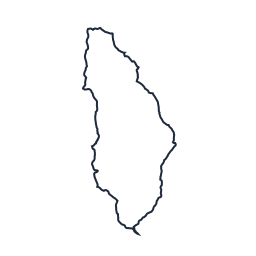 Stanceni, Mures, Romania, rotated 167°
{"feature_id": "2599482B71478398242388", "entity_name": "Stanceni", "entity_type": "district", "adm_level": 2, "iso_a3": "ROU", "parent_name": "Romania", "parent_adm1": "Mures", "projection": "orthographic", "projection_center": [25.249, 46.944], "detail": "fine", "context": "isolated", "style": "outline", "palette": "slate", "viewbox_px": 256, "rotation_deg": 167, "n_neighbors": 0, "source": "geoboundaries", "source_scale": "gbopen_adm2", "svg_char_len": 5846}
<svg xmlns="http://www.w3.org/2000/svg" viewBox="0 0 256 256"><g transform="rotate(167 128 128)"><path d="M144.7,233.5L145.5,232.3L145.7,231.6L145.9,231.0L146.0,230.2L146.0,229.7L145.7,227.9L145.9,227.2L146.1,225.9L146.4,225.3L147.9,223.6L148.9,221.4L148.9,220.1L148.7,219.0L148.7,218.2L148.6,216.6L148.8,215.4L148.9,214.9L149.1,214.3L149.4,214.0L151.1,213.1L151.5,212.5L151.9,211.9L152.1,210.9L152.7,209.9L153.6,208.3L153.9,207.4L154.0,206.3L154.0,203.9L153.8,202.1L153.8,201.6L154.1,199.3L154.1,198.6L154.1,197.4L154.9,196.6L155.7,195.8L155.8,195.4L155.9,194.8L156.0,194.5L158.0,191.8L158.7,190.0L158.7,189.3L158.5,188.6L157.9,187.7L157.5,186.7L157.4,186.3L158.2,185.5L158.3,184.7L158.9,183.7L159.2,182.8L159.4,182.1L159.7,181.6L159.8,180.4L159.8,179.9L160.0,179.5L160.2,179.2L161.0,178.7L162.1,177.8L162.6,177.3L163.0,176.6L162.9,176.4L161.5,175.2L159.6,174.9L158.9,175.0L157.5,174.8L156.9,174.5L156.5,174.1L155.8,173.1L155.5,172.5L155.4,172.2L155.3,170.8L154.8,170.1L154.7,169.6L154.7,167.2L154.5,166.2L154.0,164.6L153.5,163.9L153.1,162.8L152.6,162.2L152.4,161.6L152.3,160.5L153.3,156.7L153.6,153.6L154.3,151.9L154.8,151.5L155.9,150.8L156.1,149.7L156.2,149.2L157.4,146.5L157.5,146.1L157.5,145.5L157.8,144.6L157.8,144.0L158.0,143.0L158.0,142.2L158.1,141.5L158.1,140.9L158.3,139.6L158.3,139.0L158.4,138.6L158.3,137.9L158.3,136.9L158.5,136.0L158.3,134.9L158.1,134.2L158.0,133.7L158.1,133.3L158.6,132.3L158.5,131.3L158.5,131.0L158.4,130.6L158.5,130.4L158.9,130.0L158.9,129.6L158.4,128.8L158.3,128.2L158.1,127.8L158.1,126.8L158.3,126.1L158.8,125.1L159.7,124.2L159.7,123.9L160.2,123.4L160.7,123.1L160.7,122.7L161.1,122.5L161.3,122.1L161.9,121.9L162.2,121.3L162.6,120.9L162.6,120.7L162.4,120.6L162.6,120.2L164.0,119.8L164.9,119.0L165.5,118.7L166.4,118.4L167.2,118.3L167.2,117.8L167.1,117.0L167.1,116.1L166.9,115.7L166.7,115.3L165.9,114.8L165.6,114.3L165.6,113.6L165.8,112.7L165.8,111.5L166.1,110.3L166.3,109.1L166.8,108.2L167.4,105.6L168.1,104.5L168.4,104.0L169.5,103.4L170.0,103.0L170.8,101.9L171.1,101.1L171.2,100.5L170.8,98.6L170.8,97.7L170.6,97.0L170.7,96.1L170.5,95.6L170.2,95.1L170.1,94.6L169.9,94.4L167.6,93.6L167.2,93.3L167.1,93.1L167.2,92.8L167.4,92.6L168.4,92.1L170.5,91.8L171.2,91.1L171.4,90.6L171.5,88.9L171.5,88.4L171.6,88.1L171.5,87.7L171.4,86.2L171.1,85.0L171.1,84.1L170.7,82.7L170.7,82.0L170.4,80.8L170.4,79.3L170.6,78.7L171.1,77.8L171.2,77.6L170.0,77.1L169.6,76.6L168.4,75.3L168.1,74.4L167.7,73.8L166.8,73.2L165.9,72.3L165.6,72.2L164.3,72.6L163.5,72.5L162.2,71.4L161.5,70.4L161.3,69.6L161.3,69.2L161.4,68.7L161.3,68.2L159.8,66.2L158.9,65.2L157.8,63.6L156.4,62.3L155.3,60.6L155.0,60.0L154.6,59.4L154.7,59.2L155.0,58.8L156.5,56.7L156.9,55.9L157.3,54.9L157.3,53.8L157.9,51.0L158.0,47.7L157.9,47.3L157.2,46.5L157.2,45.8L157.5,44.9L157.7,42.5L157.9,42.0L158.1,41.4L158.2,40.1L158.1,39.5L157.8,38.9L156.7,37.0L155.6,35.5L155.1,35.1L154.0,34.6L153.1,33.7L152.9,33.2L152.9,32.3L152.6,31.6L151.9,30.9L151.3,30.6L150.3,30.5L150.0,30.3L147.4,29.4L146.7,29.4L146.5,29.2L145.7,28.3L145.3,27.2L145.0,25.9L144.6,25.1L142.9,23.1L142.0,22.5L142.3,23.1L143.1,24.1L143.7,25.0L143.8,25.6L144.7,26.8L144.6,27.4L144.4,28.4L144.5,29.1L144.7,29.6L144.7,30.3L143.9,30.6L143.8,30.9L142.1,31.6L140.1,32.1L139.6,32.3L139.1,33.1L138.7,34.2L138.2,34.9L137.4,35.3L135.6,35.7L135.2,36.0L134.6,36.7L133.4,37.5L132.2,37.6L131.2,38.2L130.9,38.2L130.2,38.7L129.4,39.6L128.7,40.2L128.2,40.4L126.4,40.7L126.1,40.9L125.2,40.9L124.0,41.2L123.5,41.5L121.8,43.1L121.3,44.2L120.3,45.6L119.8,46.0L119.1,46.2L118.8,46.6L118.2,47.0L117.5,47.8L116.4,50.4L115.5,51.3L115.0,51.6L114.6,52.3L114.1,52.9L114.0,53.0L113.4,53.2L111.6,53.4L110.9,54.2L110.8,54.4L110.6,55.8L110.8,56.2L110.7,57.2L110.1,58.5L110.1,58.8L109.5,60.0L109.5,61.0L109.7,61.8L109.7,62.7L109.4,63.4L108.9,64.0L108.0,64.6L107.2,67.5L107.0,68.9L107.6,69.9L108.2,70.5L107.6,71.9L107.5,72.9L106.9,73.8L104.8,78.5L104.9,80.7L104.5,82.0L104.5,83.0L103.4,84.5L101.7,85.8L100.8,86.9L99.8,88.7L99.0,88.9L98.1,89.6L97.2,90.3L96.3,91.4L95.8,91.7L95.4,92.1L95.2,92.7L91.6,95.9L90.2,96.7L87.2,99.4L86.3,99.9L85.3,100.7L85.2,101.2L85.2,102.1L85.5,102.5L85.5,102.8L86.7,103.1L87.0,103.3L87.4,104.0L86.2,105.6L85.9,106.2L85.7,107.7L84.5,111.0L84.6,112.0L84.4,113.1L84.6,114.0L85.4,116.0L85.5,116.9L86.4,118.6L87.0,119.3L87.3,119.8L87.8,121.8L88.9,122.0L90.1,123.2L92.0,125.5L92.4,126.3L92.6,127.2L93.2,129.2L93.8,130.7L94.0,132.0L94.2,135.2L93.8,136.0L94.2,137.2L93.4,141.4L93.1,146.8L94.9,152.7L95.8,154.7L96.0,156.2L98.8,157.2L99.8,158.0L99.9,159.3L100.1,159.9L100.6,160.5L101.4,161.3L101.7,161.8L102.5,162.4L102.6,162.6L103.0,164.4L103.2,164.8L104.4,166.9L105.2,168.0L106.6,169.5L109.0,171.5L108.4,172.7L106.8,175.3L106.7,175.8L106.9,176.4L106.8,177.0L106.3,177.9L106.3,178.2L106.5,179.2L106.5,179.6L106.3,180.0L106.3,180.4L106.5,180.7L106.5,181.2L106.6,181.9L106.6,182.3L106.2,183.0L105.6,183.1L104.5,184.0L104.0,184.8L104.1,185.0L104.9,185.4L105.4,186.3L105.9,187.9L106.1,188.7L106.1,189.0L106.7,190.6L107.2,191.5L107.4,191.7L107.8,191.8L108.4,191.7L108.9,191.7L109.5,192.7L109.8,193.4L110.7,195.1L111.2,196.4L111.9,197.4L112.3,197.8L114.3,198.6L114.8,198.6L115.0,199.4L115.1,200.6L115.0,201.1L114.7,201.6L114.7,201.9L114.8,202.1L114.6,202.2L115.5,202.5L116.3,202.9L116.5,203.2L117.3,203.6L117.9,204.3L119.7,205.9L120.2,206.8L120.2,207.4L120.7,208.0L120.9,208.1L121.7,209.3L121.8,209.5L122.2,210.4L122.3,211.0L122.6,211.8L122.6,214.7L122.5,215.7L122.7,216.6L122.7,217.5L122.5,218.4L122.4,220.1L122.0,222.0L122.0,222.4L121.7,223.2L122.2,223.8L123.5,223.9L124.1,224.1L125.4,225.0L126.2,225.4L126.8,225.9L127.3,226.0L129.0,227.1L129.6,228.0L130.4,228.7L130.6,229.2L131.2,229.6L131.5,229.9L132.3,231.5L132.6,231.8L133.0,231.8L134.6,231.4L135.2,231.3L136.1,231.6L137.6,232.4L137.9,232.4L138.7,232.1L139.3,232.2L140.1,231.6L140.7,232.3L141.8,233.2L142.5,233.4L144.7,233.5Z" fill="none" stroke="#1e293b" stroke-width="2"/></g></svg>